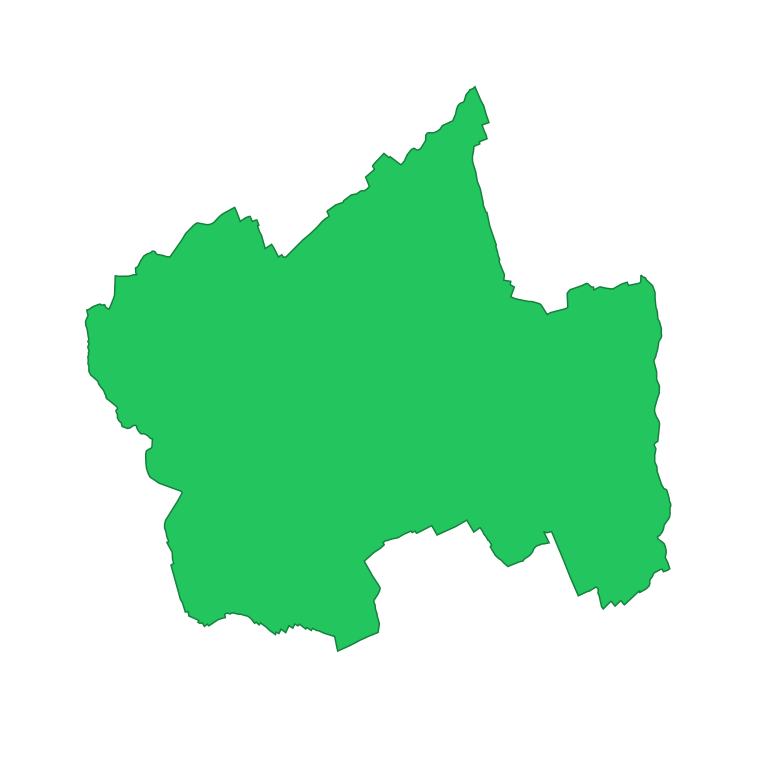 Bang Phae, Ratchaburi, Thailand (Natural Earth projection), rotated 347°
{"feature_id": "78962969B38783163957938", "entity_name": "Bang Phae", "entity_type": "district", "adm_level": 2, "iso_a3": "THA", "parent_name": "Thailand", "parent_adm1": "Ratchaburi", "projection": "natural_earth1", "projection_center": [99.976, 13.683], "detail": "fine", "context": "isolated", "style": "filled", "palette": "green", "viewbox_px": 768, "rotation_deg": 347, "n_neighbors": 0, "source": "geoboundaries", "source_scale": "gbopen_adm2", "svg_char_len": 6170}
<svg xmlns="http://www.w3.org/2000/svg" viewBox="0 0 768 768"><g transform="rotate(347 384 384)"><path d="M641.5,471.7L642.3,468.4L647.1,459.6L650.1,454.9L651.4,450.0L651.9,447.7L650.7,441.0L652.4,433.4L652.1,422.1L655.1,418.1L656.1,415.8L658.2,412.3L661.4,404.4L664.8,400.8L665.4,399.3L665.5,397.4L666.7,392.5L666.5,385.6L665.5,381.9L666.5,375.6L666.5,371.7L666.2,371.1L666.5,368.2L667.4,361.5L668.7,355.7L667.8,348.5L663.2,341.8L662.6,339.4L660.2,337.7L659.3,336.2L658.7,336.2L657.2,342.3L655.4,343.2L644.4,343.0L643.8,339.5L637.8,340.1L629.0,342.7L627.5,342.7L621.9,340.6L616.3,337.9L609.7,339.5L609.9,336.6L608.3,336.4L606.9,334.8L605.1,332.1L604.2,331.6L603.5,331.6L599.2,332.6L586.5,334.0L583.4,336.3L582.8,337.2L580.4,350.2L579.9,350.9L577.5,351.5L562.4,351.9L558.6,353.0L555.0,342.5L553.7,340.8L546.5,336.8L543.5,336.1L534.5,332.1L530.3,329.9L527.2,327.5L532.8,318.8L529.3,315.6L530.6,312.5L524.0,309.8L525.7,305.3L525.8,304.0L523.7,291.2L524.7,288.5L524.1,283.9L524.3,281.3L523.9,274.7L524.7,274.0L522.6,253.9L522.9,240.0L522.0,239.5L520.9,231.4L521.4,230.4L521.7,215.5L520.5,207.7L521.1,198.0L520.3,187.5L521.2,182.6L523.5,177.5L525.1,172.7L531.3,171.6L531.5,169.4L539.6,168.2L539.4,163.8L538.6,160.3L537.8,153.7L545.1,152.9L544.2,144.7L543.7,134.9L542.2,130.0L539.5,114.8L537.3,116.1L535.2,116.6L534.1,116.4L532.0,118.5L530.9,119.1L528.9,120.8L525.8,126.4L524.0,127.4L521.3,127.7L518.6,129.5L516.5,132.7L514.5,137.1L510.2,143.0L499.0,145.4L495.7,148.5L492.0,149.9L488.4,150.4L484.1,149.2L482.6,149.3L480.7,150.9L479.3,156.1L473.4,162.2L471.0,163.5L469.6,163.7L468.6,163.3L466.2,161.0L463.4,161.7L458.3,165.7L454.1,171.2L452.0,172.9L449.7,174.2L441.1,163.9L439.8,164.5L435.8,159.3L424.8,166.6L422.1,168.8L421.9,169.4L423.0,172.5L422.8,172.9L412.6,178.3L414.2,188.1L411.6,190.1L408.1,191.4L405.8,190.7L404.4,190.8L400.1,192.6L394.8,192.4L385.9,196.3L385.5,197.3L384.6,197.9L377.3,198.6L367.6,202.7L367.3,203.4L368.3,208.0L368.1,208.4L363.8,209.9L360.4,211.7L353.8,216.4L345.6,221.2L337.3,225.4L317.0,238.2L314.4,237.7L313.5,235.1L309.7,236.4L307.2,226.3L305.9,222.7L298.7,225.3L298.1,211.7L297.1,208.2L296.4,202.8L296.4,201.5L297.8,201.3L297.1,195.7L296.3,195.4L292.5,196.0L292.1,195.1L291.3,190.7L290.8,190.4L286.8,190.8L280.5,193.2L279.3,183.9L278.2,178.3L265.3,181.9L261.6,183.6L254.6,188.3L252.3,189.1L249.4,189.3L246.9,188.8L238.9,185.2L237.1,185.2L233.7,186.9L224.7,192.7L219.4,198.2L204.1,212.0L201.3,211.3L197.5,209.0L192.1,206.7L191.5,206.0L190.6,203.6L189.5,202.8L188.1,202.4L186.3,203.6L182.7,203.9L178.9,205.2L174.9,208.9L170.4,214.4L168.0,215.0L167.2,219.5L167.5,221.7L164.3,221.3L159.3,221.5L149.4,219.3L146.5,218.1L141.4,236.9L139.7,239.8L132.9,249.4L130.1,246.6L129.8,244.2L129.0,243.6L127.0,243.9L125.7,242.5L124.2,242.2L117.5,243.2L113.4,244.9L111.0,245.1L111.0,250.8L107.4,255.6L106.6,259.5L107.1,263.3L106.3,274.5L104.9,276.1L105.8,278.2L103.8,281.1L103.7,282.5L104.2,285.4L103.0,287.0L102.7,289.2L101.6,290.7L101.2,294.3L100.1,297.7L100.5,300.2L99.3,305.2L100.3,309.3L105.9,317.1L105.9,319.6L107.8,324.3L108.7,325.5L109.5,328.0L109.9,331.4L110.6,332.8L110.1,334.0L110.4,335.7L117.8,345.0L118.9,347.0L118.9,348.2L117.1,349.3L116.8,349.7L116.8,351.1L117.4,354.0L116.6,357.0L117.6,360.5L119.2,362.7L119.3,366.5L124.2,369.7L127.0,369.6L130.5,368.1L132.8,368.5L133.4,369.4L133.3,371.2L133.8,373.7L135.6,377.4L136.7,378.1L139.1,378.5L141.8,380.8L144.2,384.4L145.2,385.2L146.0,385.4L143.8,392.9L142.5,394.2L139.4,394.9L137.4,395.8L136.0,398.8L134.2,407.6L133.6,413.2L134.2,418.7L135.1,422.1L142.6,430.1L162.3,442.9L162.8,444.1L162.8,444.6L157.1,451.1L140.5,467.7L138.6,471.5L137.8,474.9L138.3,479.1L138.1,483.3L138.2,486.0L138.6,486.5L138.5,489.3L138.4,489.5L136.8,489.5L139.8,500.4L138.6,506.5L138.7,511.5L135.7,512.5L137.2,548.1L138.4,551.8L139.1,561.5L141.7,561.7L141.9,564.4L141.6,566.1L150.2,572.5L150.3,573.0L149.1,574.3L150.7,575.7L153.3,576.0L154.5,579.8L157.9,578.3L158.7,580.1L159.0,580.2L169.3,576.3L175.2,575.8L176.7,576.0L177.1,575.2L176.9,572.9L177.7,572.0L180.3,572.2L182.3,573.5L183.6,573.0L185.6,573.1L190.8,575.8L191.9,575.8L199.5,579.9L201.9,583.2L204.1,588.1L205.8,587.3L208.1,590.6L210.0,589.1L214.7,594.6L217.3,598.6L221.8,603.7L223.1,601.6L225.5,603.5L228.5,599.7L232.3,604.2L237.0,598.1L240.2,601.4L243.1,597.8L245.7,600.3L247.6,599.0L252.6,605.1L254.1,604.0L257.7,607.8L259.5,606.0L262.6,608.8L265.1,609.9L269.5,613.3L279.1,618.9L278.8,633.8L293.2,630.9L302.9,628.3L313.0,626.2L322.3,624.8L325.6,616.6L325.2,608.4L325.5,605.7L325.0,601.7L325.6,597.3L325.0,594.0L325.8,592.3L331.0,587.3L333.1,584.6L334.0,582.9L334.3,581.7L333.3,578.2L329.8,568.9L324.9,552.2L336.2,546.0L343.6,543.2L348.0,540.8L347.5,538.3L350.3,537.0L351.6,537.3L356.5,536.8L363.2,536.9L369.4,534.9L377.2,533.4L378.0,535.1L381.1,534.3L382.0,536.5L382.4,536.8L398.7,532.7L401.7,543.1L421.4,539.1L434.0,535.3L438.2,548.5L444.9,545.6L445.4,545.7L447.4,551.3L447.3,552.3L449.0,555.6L450.3,559.9L451.0,560.3L452.7,565.2L451.0,566.3L450.9,566.7L453.9,575.9L456.2,579.5L458.5,581.9L460.6,585.5L463.7,589.7L476.2,587.7L479.4,587.8L481.7,586.0L486.6,584.2L488.5,583.1L491.0,581.0L493.1,578.0L496.1,576.2L502.1,575.4L504.4,575.8L509.2,575.9L506.5,564.3L506.9,564.1L508.5,565.3L509.4,565.6L514.1,565.5L519.5,597.3L522.0,614.0L525.7,634.1L535.8,631.9L537.2,632.1L544.8,629.5L546.4,631.2L546.4,633.1L545.4,635.9L546.0,638.6L545.9,650.0L547.0,652.5L554.5,647.8L556.5,646.8L559.1,652.4L566.1,648.3L568.2,652.8L568.7,653.2L585.7,643.3L586.4,643.2L586.0,644.4L586.2,644.7L593.4,642.6L596.9,640.4L598.1,638.3L598.9,634.8L602.5,631.7L603.9,629.5L604.9,628.8L612.6,626.7L613.2,627.0L614.1,629.8L618.3,629.3L620.9,628.3L620.3,621.8L619.0,616.3L621.0,611.8L621.5,609.7L621.5,605.8L621.1,602.8L619.8,600.8L616.5,597.2L616.0,594.6L616.5,593.9L618.3,593.8L621.5,591.1L623.7,588.2L625.3,584.4L631.5,579.0L632.7,577.1L633.7,574.2L634.6,569.6L636.1,566.9L636.3,564.6L635.8,562.3L636.1,559.2L635.7,551.3L635.2,550.3L633.1,548.8L631.8,544.3L630.5,530.8L631.3,525.8L630.3,520.9L631.8,514.2L633.7,510.0L634.4,507.9L633.7,505.3L633.8,503.5L634.7,502.6L637.6,501.6L638.0,501.1L643.5,485.1L643.6,482.3L642.0,476.8L641.5,471.7Z" fill="#22c55e" stroke="#15803d" stroke-width="1.5"/></g></svg>